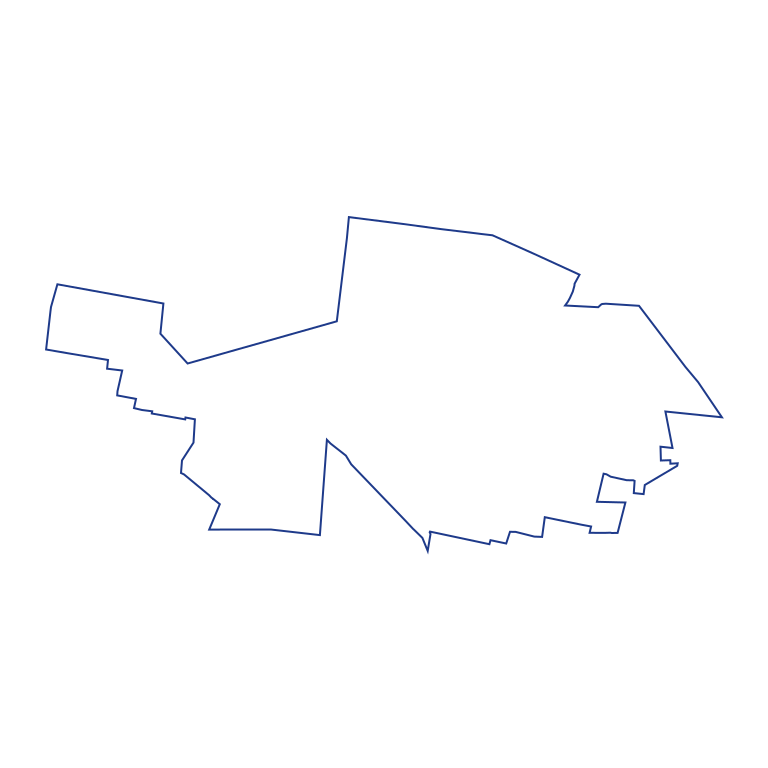 the district of Kopomá, Yucatán, Mexico
{"feature_id": "50627088B35355402430681", "entity_name": "Kopomá", "entity_type": "district", "adm_level": 2, "iso_a3": "MEX", "parent_name": "Mexico", "parent_adm1": "Yucatán", "projection": "mercator", "projection_center": [-89.902, 20.644], "detail": "fine", "context": "isolated", "style": "outline", "palette": "blue", "viewbox_px": 768, "rotation_deg": 0, "n_neighbors": 0, "source": "geoboundaries", "source_scale": "gbopen_adm2", "svg_char_len": 1453}
<svg xmlns="http://www.w3.org/2000/svg" viewBox="0 0 768 768"><path d="M346.9,238.3L336.8,321.3L187.6,363.5L160.4,333.7L163.4,303.5L57.4,284.3L54.1,296.0L51.0,307.0L50.5,310.9L46.1,349.5L67.0,353.1L108.0,360.0L107.1,368.7L122.2,370.5L117.5,391.2L117.2,395.4L136.0,398.9L134.0,408.1L142.0,410.0L152.2,411.3L151.8,413.5L185.2,419.4L185.5,417.5L194.9,419.3L193.5,442.6L182.0,460.4L181.0,473.0L184.0,474.4L209.1,495.2L211.3,497.5L213.2,498.9L213.2,499.0L213.3,499.0L217.7,502.5L219.8,504.2L209.2,529.6L240.3,529.5L270.7,529.5L319.9,535.1L326.9,439.8L330.5,443.5L345.9,455.6L351.2,464.3L405.5,520.8L413.3,529.1L413.8,529.5L422.4,537.9L427.7,550.9L430.5,534.0L429.7,532.3L430.0,531.6L489.4,544.2L490.5,540.2L506.2,543.5L510.0,531.8L515.7,531.9L534.3,536.6L542.1,536.9L544.8,517.2L581.4,524.7L591.1,526.5L589.6,532.8L604.2,532.9L610.5,532.7L611.7,533.0L617.6,532.9L625.4,502.5L596.9,501.8L603.6,473.7L606.5,474.3L610.7,476.7L626.7,480.2L633.3,480.3L634.6,480.9L633.8,493.1L643.6,494.1L644.8,485.0L677.2,465.8L677.7,463.3L670.4,463.7L670.3,460.2L660.9,460.5L660.5,446.7L672.5,448.0L665.4,411.5L721.9,417.3L698.1,382.1L685.4,366.9L639.0,305.8L605.8,303.7L602.1,304.0L601.0,304.6L598.2,307.2L594.2,307.0L565.1,305.5L567.8,301.8L569.9,298.0L572.8,291.6L574.4,285.8L574.6,283.7L579.5,274.7L533.7,253.7L493.2,235.6L492.9,235.5L492.6,235.3L481.4,234.0L475.9,233.3L441.0,229.1L402.5,223.9L348.9,217.1L346.9,238.3Z" fill="none" stroke="#1e3a8a" stroke-width="2"/></svg>